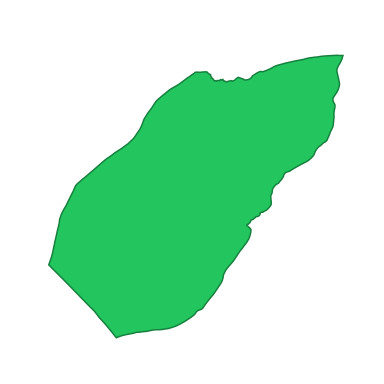 outline of Sangkum Thmei, Preah Vihéar, Cambodia, rotated 187°
{"feature_id": "14789045B6075848816012", "entity_name": "Sangkum Thmei", "entity_type": "district", "adm_level": 2, "iso_a3": "KHM", "parent_name": "Cambodia", "parent_adm1": "Preah Vihéar", "projection": "mercator", "projection_center": [104.719, 13.488], "detail": "fine", "context": "isolated", "style": "filled", "palette": "green", "viewbox_px": 384, "rotation_deg": 187, "n_neighbors": 0, "source": "geoboundaries", "source_scale": "gbopen_adm2", "svg_char_len": 5997}
<svg xmlns="http://www.w3.org/2000/svg" viewBox="0 0 384 384"><g transform="rotate(187 192 192)"><path d="M203.3,311.3L204.0,310.4L206.1,308.6L208.6,306.2L210.9,304.3L213.0,302.2L217.8,297.6L220.1,295.8L222.8,293.7L224.9,292.2L226.9,290.5L228.1,289.2L229.4,288.0L230.5,286.7L233.0,284.2L234.5,282.5L236.2,280.7L237.6,279.1L239.1,277.0L239.9,275.3L241.1,272.8L242.2,270.6L243.8,267.8L245.2,265.5L246.4,262.9L247.5,260.6L248.5,258.4L249.8,252.8L250.5,250.4L251.5,247.7L253.9,243.1L255.1,240.6L256.5,238.1L258.0,236.2L261.5,232.0L264.1,229.6L266.0,227.8L267.8,226.1L270.0,224.3L272.2,222.5L273.8,221.1L275.4,219.4L278.2,216.8L280.1,215.2L282.4,213.0L284.7,210.5L288.8,205.9L291.5,202.9L293.8,200.3L295.8,198.2L298.0,195.8L299.7,193.9L300.6,192.9L301.5,192.2L303.7,189.7L306.8,186.2L307.7,185.0L308.3,183.9L308.7,183.0L309.0,181.7L309.6,179.8L310.2,177.7L311.1,175.4L312.1,172.5L314.0,167.2L314.7,164.9L315.7,162.2L316.6,160.3L317.4,158.4L318.4,155.7L319.0,153.8L319.5,151.4L320.0,149.0L320.1,147.1L320.0,145.0L320.3,141.9L320.8,138.4L321.1,135.1L321.4,131.8L321.7,128.9L322.1,125.5L322.2,123.0L322.7,118.0L322.9,115.2L323.3,112.2L323.7,109.5L324.8,104.6L325.3,102.2L307.8,88.5L279.0,65.4L274.2,61.7L271.3,58.8L269.0,56.3L267.0,54.6L263.9,52.0L260.7,49.1L257.1,45.7L254.5,43.2L249.4,38.1L248.7,38.5L246.3,39.8L243.1,41.3L239.7,42.5L232.9,44.7L231.4,45.4L229.7,46.0L226.9,46.5L224.4,47.2L220.1,48.1L217.9,48.9L216.3,49.4L214.7,50.0L212.5,50.6L210.2,51.0L207.8,51.3L205.3,51.8L202.8,52.5L198.6,53.7L196.8,54.5L192.1,56.7L189.8,58.1L187.3,59.8L184.4,61.9L178.6,66.7L176.2,69.0L174.4,71.0L173.8,72.1L173.2,73.4L172.2,74.6L171.0,75.4L170.1,75.9L169.0,76.4L168.1,76.9L167.4,77.7L166.5,79.2L165.7,80.8L164.6,82.9L162.3,86.8L161.3,88.4L159.9,90.5L158.2,93.1L157.5,94.5L156.3,96.8L155.0,99.4L152.6,104.1L151.7,106.2L151.0,108.6L150.7,111.6L150.6,114.0L149.6,116.8L148.7,119.0L147.5,121.1L146.3,123.0L145.0,124.8L143.9,126.4L142.6,128.5L139.8,133.9L139.0,135.7L136.9,139.7L135.6,141.6L133.4,145.6L131.9,148.0L130.9,150.2L130.0,152.1L129.5,153.9L129.1,156.0L128.8,158.5L128.8,160.1L128.9,161.5L128.9,161.9L129.3,162.3L129.6,162.7L130.3,163.4L131.5,164.1L131.8,164.4L132.2,164.7L132.9,165.0L133.5,165.4L133.6,165.8L133.4,166.1L133.1,166.6L132.8,166.8L132.2,166.9L131.9,167.2L131.7,167.8L131.2,168.2L130.8,168.6L130.4,169.6L130.3,170.0L130.3,170.4L130.0,171.1L129.4,171.6L128.2,172.2L127.8,172.4L127.2,173.3L126.8,173.7L126.6,174.0L126.1,174.3L125.5,175.4L124.1,175.6L123.6,175.8L123.1,176.1L122.6,176.6L122.2,177.1L122.0,177.5L121.8,177.9L121.7,178.6L121.8,179.0L121.9,179.6L121.4,179.7L120.8,180.1L120.5,180.4L120.0,180.5L119.3,180.5L118.3,181.4L117.4,182.0L116.9,182.4L116.4,182.7L116.1,182.9L115.3,183.7L114.2,185.0L113.8,185.7L113.4,186.3L112.5,187.7L112.3,188.2L112.0,189.1L111.9,189.7L111.9,190.6L112.1,191.5L112.3,192.4L113.1,196.1L113.2,197.0L113.3,197.8L113.2,198.5L112.4,200.8L112.4,201.6L112.5,203.4L112.3,204.5L112.1,205.6L110.8,207.9L110.2,208.8L109.4,209.6L107.4,211.3L106.9,211.7L106.6,212.5L106.1,213.3L105.4,214.2L104.8,215.2L104.2,216.2L103.4,217.9L103.1,218.9L103.0,219.9L102.8,220.8L102.4,221.5L101.6,222.4L100.8,223.1L100.0,223.5L98.1,224.3L97.3,224.8L96.0,225.9L94.9,226.9L93.7,227.8L92.7,228.6L91.6,229.4L90.4,230.3L88.8,231.4L87.5,232.4L86.0,233.4L84.9,234.2L83.3,235.3L81.9,236.2L81.0,236.9L80.0,237.8L79.2,238.7L78.6,239.4L77.6,240.5L76.0,242.8L75.8,243.4L75.5,243.9L75.0,245.7L74.7,247.0L74.3,247.9L73.9,248.8L73.5,249.7L73.1,250.4L72.1,251.9L71.4,252.6L70.8,253.1L69.6,254.3L67.6,256.7L66.8,257.3L66.1,257.7L65.5,258.4L65.0,258.9L64.5,259.5L64.1,260.3L63.8,261.7L63.5,262.8L63.1,263.8L62.8,264.9L62.2,267.4L61.9,268.7L61.5,269.9L61.0,271.1L60.7,272.2L60.2,273.6L60.0,275.0L60.0,275.9L60.1,277.2L60.0,278.1L60.1,279.6L60.1,281.1L60.1,282.5L60.2,284.0L60.7,287.0L60.8,288.5L60.7,289.8L60.7,291.4L60.5,291.9L60.5,292.6L60.5,294.1L60.6,294.9L60.7,295.6L60.9,296.2L61.2,296.7L61.7,297.4L62.1,297.9L62.6,298.6L62.9,299.2L63.2,299.9L63.4,301.0L63.5,301.9L63.4,302.7L62.5,304.5L61.8,305.8L60.2,309.1L59.5,311.1L58.9,314.0L58.7,315.4L58.7,316.1L58.8,317.6L59.9,321.1L60.7,323.3L61.4,325.1L62.1,327.2L62.7,329.0L63.2,330.8L63.0,331.8L62.4,334.3L61.8,335.7L61.4,336.7L60.9,337.7L60.4,339.0L60.1,339.8L59.5,341.7L59.3,342.7L58.9,345.4L58.8,345.9L59.5,345.8L60.4,345.7L60.9,345.7L61.3,345.6L61.9,345.5L62.4,345.4L63.3,345.5L64.2,345.3L64.7,345.4L74.0,343.7L77.7,343.0L81.1,342.2L83.7,341.4L86.9,340.7L90.8,339.7L94.0,338.7L97.5,337.2L103.8,335.2L106.3,334.4L110.1,333.0L115.2,331.2L118.6,329.8L120.3,329.1L122.3,328.3L124.3,327.3L124.9,327.0L129.8,323.6L132.2,322.1L134.2,321.1L135.0,320.6L135.3,320.5L136.2,320.1L136.6,320.0L137.7,320.0L139.0,319.9L139.6,319.6L140.0,319.4L142.5,317.7L143.5,316.8L145.3,315.3L146.0,314.8L146.4,314.1L146.6,313.6L146.9,313.0L147.1,312.6L147.3,312.3L147.7,312.0L148.6,311.2L149.3,310.8L149.9,310.5L150.5,310.3L152.0,309.8L152.7,309.7L153.4,309.7L154.1,309.8L154.4,310.1L155.2,310.5L155.6,310.5L156.1,310.6L156.5,310.6L157.8,311.0L158.4,311.1L159.7,311.3L160.1,311.4L160.5,311.2L160.8,311.0L161.1,310.6L161.6,310.2L162.1,309.6L162.7,309.0L163.4,308.1L163.9,307.7L164.2,307.5L164.7,307.3L165.2,307.1L166.2,307.2L166.6,307.2L167.1,307.3L167.5,307.1L168.0,306.8L168.4,306.6L169.5,306.4L169.9,306.2L170.3,305.9L170.7,305.6L171.4,305.4L171.9,305.5L172.3,305.8L172.7,306.0L173.1,306.2L173.7,306.0L174.3,306.2L174.5,306.5L174.7,306.8L175.0,307.5L175.4,307.4L175.7,307.1L176.2,306.7L176.7,306.9L177.2,307.1L177.6,307.0L178.0,306.3L178.1,305.9L178.5,305.7L178.9,305.8L180.5,305.8L180.9,305.5L181.2,305.1L181.6,305.1L182.1,305.3L182.6,305.3L183.0,305.1L183.4,305.1L183.9,305.7L184.4,306.3L184.8,306.6L185.2,306.8L185.6,307.4L186.5,307.4L186.7,307.7L186.7,308.1L186.7,308.5L187.1,308.7L187.8,309.7L187.8,310.1L187.7,310.4L187.9,310.8L188.4,310.8L188.9,311.1L189.3,311.2L189.7,311.4L190.2,311.6L190.6,312.0L191.5,312.8L191.9,312.8L192.4,313.0L192.8,313.0L196.9,312.2L198.1,311.9L199.1,311.7L200.5,311.7L203.3,311.3Z" fill="#22c55e" stroke="#15803d" stroke-width="1.5"/></g></svg>